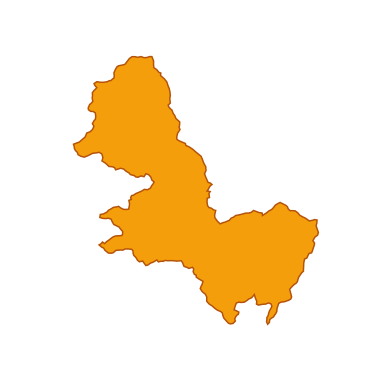 Jacupiranga, São Paulo, Brazil (orthographic projection), rotated 121°
{"feature_id": "56859067B20022642204757", "entity_name": "Jacupiranga", "entity_type": "district", "adm_level": 2, "iso_a3": "BRA", "parent_name": "Brazil", "parent_adm1": "São Paulo", "projection": "orthographic", "projection_center": [-48.043, -24.779], "detail": "fine", "context": "isolated", "style": "filled", "palette": "amber", "viewbox_px": 384, "rotation_deg": 121, "n_neighbors": 0, "source": "geoboundaries", "source_scale": "gbopen_adm2", "svg_char_len": 4859}
<svg xmlns="http://www.w3.org/2000/svg" viewBox="0 0 384 384"><g transform="rotate(121 192 192)"><path d="M105.3,310.5L106.9,313.1L109.7,314.4L116.9,315.2L118.3,316.3L121.8,320.1L123.5,320.8L126.0,320.8L130.1,320.3L132.2,318.7L134.2,317.6L136.1,318.3L138.2,318.9L139.3,320.3L141.1,321.4L143.4,324.2L145.1,327.0L146.4,330.3L149.5,331.8L150.6,330.4L151.5,327.4L153.6,327.7L155.7,328.3L158.4,328.5L160.4,327.0L162.8,326.0L165.4,323.7L167.8,324.1L169.8,324.8L173.3,324.3L174.8,323.2L175.1,320.5L173.9,318.1L174.0,315.7L175.5,314.4L177.2,313.2L179.4,312.3L181.6,312.7L184.7,312.6L186.0,310.1L187.7,309.7L189.7,309.5L192.9,310.4L195.7,312.6L199.8,311.9L202.5,312.8L204.3,313.4L207.4,314.4L209.4,316.1L212.1,318.2L213.5,316.5L215.3,315.2L216.5,313.2L217.1,310.7L218.7,308.9L218.6,305.6L217.6,302.3L215.0,300.3L212.6,298.7L210.0,297.1L207.4,293.7L205.8,292.1L205.8,288.9L208.3,286.2L210.0,285.6L211.7,285.2L211.8,281.5L212.3,278.8L212.9,276.4L211.3,273.1L211.0,270.9L212.3,268.9L208.4,265.4L207.5,262.2L208.1,259.8L208.1,255.9L208.8,253.8L207.7,250.0L208.0,247.8L207.2,245.9L204.5,244.0L203.6,241.0L200.1,240.9L199.5,238.1L200.3,235.2L202.5,232.4L202.9,229.7L204.8,229.5L207.1,229.8L210.0,229.7L212.9,231.2L214.3,234.2L217.1,235.6L219.1,237.0L222.2,239.3L224.8,240.5L226.2,241.9L228.4,241.7L229.7,240.2L231.7,241.8L234.1,239.6L236.1,238.6L239.4,237.5L240.9,239.5L242.2,241.9L242.4,244.9L242.1,247.5L243.6,249.0L245.7,251.5L248.1,252.7L250.7,254.2L253.1,254.6L256.4,256.6L258.5,259.0L261.3,257.9L260.6,255.0L259.1,252.0L257.7,250.5L256.9,247.4L258.5,245.2L260.1,242.4L259.6,236.3L260.6,234.2L261.5,231.2L263.6,229.9L265.4,229.7L267.7,232.9L268.8,234.6L270.6,236.2L272.4,237.1L276.0,238.5L278.4,239.6L281.3,240.4L281.0,243.0L283.0,243.2L285.2,244.4L285.8,241.0L285.6,238.8L286.8,236.6L287.4,232.2L286.0,229.6L284.6,228.2L281.3,227.2L278.7,223.7L277.4,221.3L275.4,220.1L273.8,217.6L272.2,214.2L272.9,212.2L274.9,210.9L276.4,209.1L277.0,206.4L278.6,203.5L278.9,201.1L276.6,198.8L278.8,193.7L277.4,192.3L274.1,190.8L272.5,189.4L270.6,188.3L268.4,187.2L269.2,184.8L267.3,182.9L266.2,180.9L264.5,179.8L263.4,177.4L261.8,174.9L260.7,173.0L259.1,169.5L257.8,167.7L256.5,166.0L257.3,163.9L259.9,160.5L259.2,157.6L259.1,155.3L256.3,152.8L257.2,150.8L259.7,150.0L261.3,147.6L261.2,145.5L262.8,144.5L263.0,140.7L262.9,136.6L265.8,135.8L268.2,135.6L270.5,135.2L272.0,132.4L272.4,130.4L272.7,127.9L274.4,125.3L276.6,124.0L278.2,122.9L279.2,119.5L279.3,115.7L279.9,113.2L280.2,109.5L279.7,105.8L280.0,103.8L282.3,101.6L283.8,99.5L284.7,96.6L285.7,93.1L285.3,91.2L283.5,89.1L280.3,88.4L278.7,90.1L276.7,90.2L274.8,90.2L272.9,89.3L270.8,90.0L271.0,93.3L271.3,95.2L267.6,96.2L264.3,96.8L262.3,95.1L261.4,93.1L259.6,90.5L256.9,89.1L254.6,88.3L251.9,86.4L249.6,86.0L247.8,85.8L250.4,82.9L252.3,80.2L254.9,79.0L254.7,76.8L252.1,73.9L250.1,71.1L247.7,69.3L247.2,66.6L248.9,64.6L251.6,64.4L253.9,64.4L256.3,63.9L258.8,63.1L261.1,63.1L263.2,61.9L264.8,61.3L266.4,59.0L263.9,58.5L261.3,59.7L259.4,59.0L257.1,57.8L255.0,57.8L253.1,57.6L250.7,57.8L248.1,59.1L245.6,59.7L242.9,60.3L240.8,59.2L238.3,56.1L234.9,53.3L232.8,52.2L230.6,52.6L228.5,54.7L225.1,58.2L221.8,57.6L218.7,56.8L216.7,55.8L214.6,55.5L211.8,56.3L209.7,56.7L207.2,56.5L204.9,56.4L202.5,55.7L200.6,56.8L198.1,58.1L195.2,59.7L191.4,61.0L189.4,59.5L186.7,59.9L184.3,60.0L182.6,58.2L180.8,58.4L178.3,59.0L174.6,59.8L172.6,60.7L171.5,63.3L167.3,63.4L164.3,62.1L161.5,62.9L159.6,65.2L157.0,68.3L154.8,68.8L151.6,70.4L152.4,72.6L154.1,74.0L156.4,76.6L156.2,78.9L156.0,81.3L156.3,84.1L156.4,87.7L155.4,90.4L155.0,93.7L156.1,96.0L157.5,98.3L156.9,100.8L155.5,102.6L155.1,104.6L155.3,107.3L155.6,111.1L157.6,112.4L160.3,113.8L163.2,114.1L166.0,114.7L168.3,116.2L171.8,117.5L175.9,119.5L173.9,121.0L175.1,124.0L175.7,127.4L176.2,129.8L178.9,130.7L180.6,132.3L182.7,135.4L185.0,137.5L187.4,139.9L189.7,142.5L192.1,143.4L194.3,145.0L197.1,145.4L198.6,146.6L200.9,148.2L202.7,150.0L204.8,151.4L204.0,155.0L202.3,159.1L200.0,160.8L198.0,161.4L195.6,162.2L196.2,164.1L195.9,167.0L196.6,169.5L195.7,171.6L192.8,174.0L189.6,175.7L187.7,174.2L184.5,176.7L182.3,176.7L183.4,179.6L181.3,179.4L179.1,179.6L177.3,179.5L175.3,178.7L174.9,180.8L175.5,183.1L172.0,188.1L169.8,190.7L166.5,191.0L163.2,193.3L162.0,195.5L160.5,197.7L159.3,199.1L156.7,202.6L155.8,209.0L155.0,213.2L154.8,218.1L155.3,221.2L153.8,222.7L154.3,225.9L154.8,230.1L154.6,232.2L152.5,233.5L149.1,234.6L146.8,234.5L144.6,234.5L143.2,236.4L141.5,236.9L138.3,238.6L137.8,240.8L137.3,243.7L135.6,245.8L134.2,248.8L132.1,251.4L131.8,253.3L131.1,255.6L129.8,257.2L126.9,256.4L123.6,259.0L120.5,260.3L117.6,262.4L115.0,264.9L113.4,267.1L110.6,270.3L109.2,274.1L108.4,278.9L106.1,280.0L106.5,281.9L105.3,285.2L105.1,288.7L102.7,290.5L99.5,292.4L96.6,296.1L97.7,298.0L100.0,300.0L101.6,302.3L102.2,305.5L104.6,308.0L105.3,310.5Z" fill="#f59e0b" stroke="#b45309" stroke-width="1.5"/></g></svg>